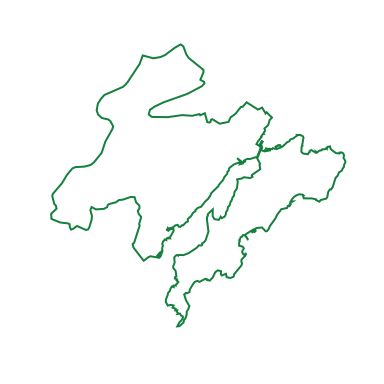 Moss nor, Østfold, Norway, rotated 207°
{"feature_id": "86288312B47904591856116", "entity_name": "Moss nor", "entity_type": "district", "adm_level": 2, "iso_a3": "NOR", "parent_name": "Norway", "parent_adm1": "Østfold", "projection": "albers", "projection_center": [10.675, 59.459], "detail": "fine", "context": "isolated", "style": "outline", "palette": "green", "viewbox_px": 384, "rotation_deg": 207, "n_neighbors": 0, "source": "geoboundaries", "source_scale": "gbopen_adm2", "svg_char_len": 6055}
<svg xmlns="http://www.w3.org/2000/svg" viewBox="0 0 384 384"><g transform="rotate(207 192 192)"><path d="M191.3,118.5L190.8,120.3L191.2,123.5L192.4,120.6L193.5,119.0L194.1,119.4L193.2,123.1L191.8,125.8L193.3,129.1L193.5,131.0L194.9,132.1L195.3,135.0L194.7,136.2L194.8,137.2L193.1,137.5L193.6,138.2L193.2,139.3L191.1,140.4L192.2,140.6L191.0,141.8L190.7,149.1L191.8,150.6L193.4,149.9L194.7,148.8L195.5,146.7L197.2,146.9L197.2,148.8L196.0,147.9L195.3,149.1L195.6,149.5L193.1,151.6L191.6,154.8L189.8,156.2L187.9,155.1L186.5,155.6L185.7,158.0L184.8,158.2L183.5,162.5L182.3,163.9L183.5,166.0L181.9,170.0L181.6,174.0L180.2,176.5L180.8,177.4L179.5,180.6L177.2,183.0L175.9,189.7L174.4,193.6L174.4,195.7L174.0,196.3L174.3,199.9L171.1,209.2L171.4,210.2L169.7,217.2L170.0,219.6L168.9,224.1L169.6,226.3L169.0,227.5L169.6,229.8L169.4,231.0L167.1,235.7L163.3,239.8L163.3,239.0L161.9,238.8L161.3,239.5L162.0,239.5L161.7,240.4L160.8,240.5L161.2,239.1L159.9,240.3L167.2,242.6L160.0,241.3L158.0,244.0L159.5,242.7L160.0,243.5L157.7,246.7L155.8,247.3L150.9,252.0L149.9,252.0L150.5,259.9L151.1,263.0L151.7,263.2L151.3,264.9L151.6,264.2L152.1,265.2L151.9,269.0L153.0,269.0L153.2,263.7L156.3,263.9L156.2,267.2L155.0,272.6L155.6,272.7L155.2,275.6L154.5,276.2L155.0,276.3L154.7,279.9L156.3,281.5L154.7,285.4L154.6,287.0L155.5,291.4L154.5,294.6L161.7,296.9L162.1,295.4L167.8,299.0L170.6,295.4L184.1,296.7L185.5,291.0L187.1,289.8L188.7,281.4L191.5,276.1L191.3,271.0L198.4,265.4L207.0,266.1L207.9,264.8L207.3,262.9L208.0,261.8L210.1,261.2L216.3,268.0L219.5,264.1L220.7,264.8L226.4,260.0L235.6,256.1L247.7,247.6L261.8,240.7L265.7,241.4L266.8,246.0L264.1,251.1L257.8,259.3L240.7,277.3L231.3,290.7L230.2,294.4L231.3,295.6L235.5,295.8L236.1,303.7L237.2,306.0L255.7,309.9L259.5,312.0L265.8,317.8L269.1,318.4L272.7,312.9L278.3,301.6L281.3,298.0L287.1,293.6L297.9,291.3L296.8,282.5L299.2,260.9L300.2,256.7L301.3,254.3L314.1,238.7L315.4,233.8L316.0,228.1L314.0,221.4L310.8,218.4L306.0,217.0L299.4,218.6L297.1,218.2L292.1,214.8L291.5,212.0L292.1,197.5L290.3,186.0L292.8,173.9L294.6,170.0L299.5,165.7L307.1,161.3L309.3,158.7L311.2,150.4L311.8,140.9L315.0,127.8L315.1,126.3L314.4,124.6L309.3,118.8L307.3,118.2L305.1,115.7L307.6,108.7L305.0,104.2L295.7,105.0L287.9,107.8L286.3,107.7L285.2,105.5L282.7,103.6L280.8,105.8L279.1,109.5L269.3,110.0L267.6,111.4L267.5,114.0L268.8,121.6L270.3,125.3L274.4,129.8L274.6,133.0L269.7,132.9L262.8,137.0L260.8,140.0L261.1,142.1L260.3,143.7L255.1,148.3L253.4,151.7L250.2,153.7L244.3,159.8L240.8,161.3L237.1,157.4L232.6,155.9L231.4,153.5L231.7,150.5L229.7,148.4L225.9,146.6L224.6,139.5L223.4,138.3L220.5,120.5L221.3,118.7L218.9,115.9L203.8,108.8L201.4,113.9L199.8,115.9L191.3,118.5ZM143.0,75.9L143.2,72.5L144.1,70.2L144.1,65.6L142.3,66.8L140.3,71.9L141.0,74.3L140.5,76.3L141.0,79.9L142.4,83.2L142.1,85.7L142.5,89.1L148.3,92.9L152.4,97.1L151.5,99.4L150.6,99.4L148.8,101.6L149.7,104.2L149.2,110.9L148.7,113.2L146.8,115.3L144.5,115.3L140.7,120.8L138.7,121.0L138.8,119.5L138.6,120.6L135.9,121.1L134.7,125.3L134.9,130.9L133.5,133.9L130.2,134.6L128.9,131.7L127.6,131.1L124.7,134.5L122.4,131.9L118.9,132.7L116.5,135.4L117.1,138.0L114.6,149.2L115.0,151.2L116.5,152.4L117.2,154.4L115.6,159.3L115.6,160.7L116.4,162.1L116.3,160.7L117.7,159.7L120.0,161.1L120.4,162.7L120.2,165.3L120.6,165.6L122.2,166.3L125.6,165.5L127.1,168.4L127.0,169.8L128.1,170.5L127.8,171.2L128.1,173.8L127.1,174.9L127.1,176.6L125.7,177.5L121.5,175.7L120.3,174.3L121.5,175.8L125.1,177.6L125.1,178.5L121.7,184.2L119.1,183.2L121.5,184.3L120.6,186.0L117.4,184.2L120.0,186.1L119.6,187.0L116.8,185.9L119.1,186.9L118.3,189.1L113.5,192.2L108.5,190.4L107.4,191.3L106.9,193.5L107.1,197.2L105.7,206.3L105.8,210.4L104.6,217.2L100.0,221.0L100.3,223.0L98.8,223.6L98.5,225.9L99.0,226.6L98.9,225.4L99.6,224.4L99.3,225.8L99.8,228.3L98.4,228.6L97.9,229.4L99.2,228.7L99.7,230.5L98.8,234.2L97.0,237.0L95.3,238.7L92.3,239.8L90.9,239.6L91.1,238.7L89.5,237.1L82.3,240.7L78.0,241.8L77.7,241.1L74.1,241.2L73.7,243.3L69.4,247.0L69.2,249.1L70.6,253.7L70.6,255.5L70.2,257.0L69.2,257.4L68.9,260.3L70.5,269.9L69.7,272.1L69.9,276.3L68.2,279.0L68.4,281.4L68.0,283.1L68.9,286.1L68.8,287.9L69.6,289.4L72.5,291.2L73.2,293.8L74.9,295.1L77.0,295.1L78.2,294.3L77.8,293.9L78.1,293.2L81.6,292.0L88.0,293.2L89.8,295.3L91.7,293.6L91.4,291.8L92.2,292.3L92.9,290.5L95.4,289.1L95.4,288.0L97.4,286.6L98.4,284.1L99.4,284.2L98.9,283.8L99.2,283.2L104.9,283.5L105.8,281.8L105.3,280.9L105.8,280.1L105.9,278.2L110.7,276.7L112.8,277.5L114.9,282.1L114.8,282.9L113.8,283.0L115.0,283.5L117.4,291.1L118.5,292.0L121.3,292.0L124.5,290.4L124.0,289.9L126.2,285.5L128.2,283.6L128.3,281.3L129.8,279.6L131.9,273.6L133.3,272.7L135.0,273.8L137.4,272.0L134.9,273.5L133.0,272.1L136.0,268.8L137.9,270.3L136.9,271.5L137.3,271.4L138.1,270.4L136.8,269.1L137.4,268.2L139.8,267.8L140.1,266.4L142.3,265.9L143.5,264.9L146.7,264.4L144.3,264.3L142.1,265.5L141.4,264.5L145.3,261.5L146.2,263.3L145.7,261.8L147.2,260.9L149.5,260.9L149.7,263.5L150.1,263.9L149.2,251.6L144.1,248.0L144.1,246.7L141.5,243.3L145.9,235.3L146.4,234.0L145.0,233.0L146.4,230.9L152.5,228.7L153.8,226.6L157.5,223.7L155.7,221.5L153.6,215.5L154.2,211.6L152.9,207.8L153.4,205.6L152.8,201.9L153.2,200.9L152.4,197.1L153.1,195.2L152.2,191.6L152.5,189.7L151.6,186.5L151.8,184.7L153.7,182.2L155.2,183.0L155.4,179.4L159.6,178.0L162.6,179.8L165.6,185.9L167.7,180.0L167.6,178.5L167.1,178.1L167.2,176.4L166.2,174.3L159.3,164.1L158.0,155.2L158.5,152.7L159.6,150.9L158.9,149.7L159.2,148.7L161.6,147.7L162.6,144.2L167.2,136.1L171.0,131.8L174.9,130.1L175.3,129.0L176.6,129.2L177.6,127.8L178.1,125.6L175.4,121.2L175.0,117.2L174.2,115.8L170.8,114.3L167.5,109.6L168.4,108.8L168.0,107.1L165.8,107.4L165.1,106.8L165.4,106.1L163.3,105.5L163.7,103.9L164.6,104.0L163.7,103.9L164.3,101.9L163.9,101.3L166.0,100.2L165.2,98.9L167.1,98.6L167.3,96.1L166.8,94.0L167.5,90.6L166.9,89.4L166.4,84.2L165.4,82.1L162.0,79.8L159.8,81.8L156.9,82.5L157.0,81.5L155.6,80.6L156.0,80.2L153.5,80.5L153.2,79.0L151.5,79.9L151.3,78.5L149.3,77.8L149.5,76.8L147.4,78.2L145.5,76.9L143.8,77.0L143.0,75.9Z" fill="none" stroke="#15803d" stroke-width="2"/></g></svg>